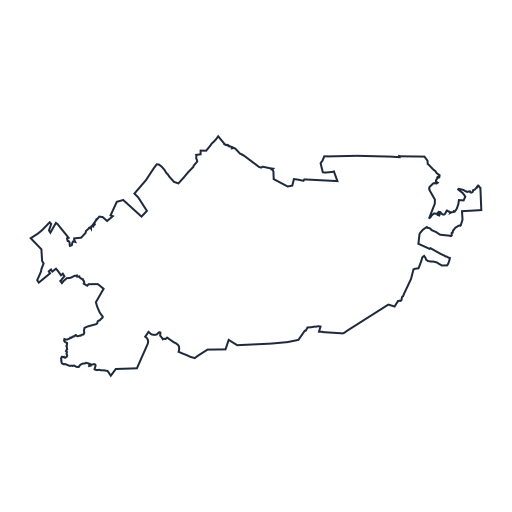 Chilón, Chiapas, Mexico
{"feature_id": "50627088B49447190388441", "entity_name": "Chilón", "entity_type": "district", "adm_level": 2, "iso_a3": "MEX", "parent_name": "Mexico", "parent_adm1": "Chiapas", "projection": "natural_earth1", "projection_center": [-92.093, 17.107], "detail": "fine", "context": "isolated", "style": "outline", "palette": "slate", "viewbox_px": 512, "rotation_deg": 0, "n_neighbors": 0, "source": "geoboundaries", "source_scale": "gbopen_adm2", "svg_char_len": 5938}
<svg xmlns="http://www.w3.org/2000/svg" viewBox="0 0 512 512"><path d="M437.7,182.7L436.1,181.7L435.9,181.4L436.0,180.5L436.5,179.4L437.0,178.9L437.3,178.1L437.2,177.7L437.6,176.9L438.0,176.7L438.5,176.7L439.0,177.0L439.1,177.4L439.3,177.3L439.6,175.2L436.8,173.3L435.3,171.0L433.3,169.6L429.3,165.3L427.7,163.9L427.5,160.7L424.4,156.6L400.8,156.3L399.2,156.0L399.5,157.2L390.2,156.6L357.2,155.8L328.5,156.4L324.3,156.3L322.4,160.8L320.9,162.7L320.6,163.4L322.8,172.2L324.0,172.5L326.2,172.5L332.5,171.9L333.9,171.4L337.4,181.1L304.3,179.4L303.5,180.8L297.2,179.5L293.9,179.1L292.3,185.6L287.7,186.5L273.7,179.1L273.4,171.2L272.6,169.8L272.0,169.6L273.0,168.7L270.7,168.4L262.7,166.7L261.3,167.6L259.1,167.0L243.4,155.2L242.7,155.2L242.2,154.9L241.9,154.3L240.2,153.8L235.2,148.5L233.9,148.0L233.3,148.1L233.5,147.9L233.0,147.7L232.6,147.9L232.5,147.5L231.8,147.6L231.9,147.0L229.6,146.2L228.6,145.5L228.6,146.0L226.9,144.9L226.3,145.0L225.9,144.8L225.8,145.0L224.7,144.4L224.8,144.3L218.2,136.3L216.4,138.8L214.1,141.4L211.6,143.7L210.5,145.4L206.2,150.7L200.6,150.6L200.6,154.3L196.2,154.9L196.4,155.4L196.2,158.3L197.1,160.5L197.2,161.6L193.7,165.6L193.4,166.8L188.0,172.4L183.5,177.8L178.4,183.4L174.0,181.9L169.1,176.4L168.2,174.9L166.2,172.8L164.5,169.9L161.6,166.6L158.8,164.5L156.8,164.3L153.8,168.2L146.0,180.1L134.4,193.6L138.3,197.5L146.9,210.9L141.5,216.6L123.2,200.0L116.8,201.8L110.6,215.3L112.8,216.2L107.1,221.0L102.7,217.1L99.3,216.6L96.1,220.4L96.0,220.1L95.1,221.8L93.4,223.9L94.5,223.3L94.8,224.5L93.9,225.0L93.5,224.2L92.8,224.6L92.8,225.2L93.5,225.8L93.2,226.6L91.5,226.2L91.0,227.3L91.0,228.4L90.3,227.3L89.2,227.7L89.2,228.1L85.9,231.1L85.6,232.9L81.1,237.7L74.2,238.4L74.1,239.6L75.2,241.9L74.2,241.6L73.0,241.5L72.3,242.9L71.9,245.0L70.9,245.6L69.9,245.9L69.6,244.5L69.7,243.0L69.2,241.7L68.5,241.0L67.7,241.0L67.0,238.4L68.6,237.8L57.7,224.3L55.9,222.9L50.4,232.7L49.0,230.4L51.2,224.0L49.7,222.3L41.7,230.5L37.6,233.8L30.7,238.2L41.4,249.3L42.1,260.8L43.6,263.5L41.5,268.9L40.9,271.8L37.2,280.2L38.8,282.6L50.0,273.4L48.8,271.4L51.0,269.5L52.3,271.6L56.0,268.7L58.5,271.7L61.0,275.3L62.8,273.7L64.4,276.3L62.2,278.8L61.5,280.0L60.3,281.0L61.9,283.1L63.7,280.9L66.8,278.2L70.3,277.9L74.6,275.8L75.4,275.9L76.9,275.4L77.2,276.7L79.3,276.4L79.5,277.4L81.2,278.6L82.9,279.3L82.7,279.7L84.1,281.4L84.2,283.2L83.8,283.7L87.2,285.7L88.6,284.2L97.8,284.1L103.6,288.8L95.9,302.2L97.0,306.2L99.6,312.3L102.8,316.9L102.2,318.1L101.3,318.6L99.7,320.4L98.4,320.7L97.8,321.2L97.1,323.4L96.3,324.1L87.5,326.5L84.5,327.9L83.9,330.7L84.3,332.6L83.6,334.4L81.5,334.9L80.8,335.7L79.5,335.7L77.6,336.3L76.8,336.0L76.0,335.1L75.6,335.0L75.3,335.7L74.0,336.1L73.7,336.7L72.4,336.7L71.5,337.8L70.3,337.6L69.9,338.4L67.2,339.5L65.8,339.6L64.4,339.0L64.1,340.4L64.3,341.1L65.2,342.1L67.1,343.0L66.8,345.6L66.4,345.9L66.4,346.2L66.8,346.6L66.9,348.2L67.2,349.3L66.5,350.0L66.0,351.1L66.9,351.8L66.9,352.4L66.5,353.7L67.2,355.5L66.9,356.5L65.3,357.7L64.6,357.7L63.8,357.2L63.8,356.9L63.3,357.0L62.0,356.7L61.6,357.1L61.4,358.2L61.1,358.4L61.3,358.8L61.2,360.0L61.5,360.6L61.3,361.5L61.8,363.1L62.1,363.5L63.0,363.8L63.3,364.2L64.2,364.3L65.0,364.0L69.7,365.9L71.8,365.6L72.4,366.0L74.0,365.5L75.7,366.5L76.8,366.9L78.2,367.0L79.1,366.7L79.5,365.7L80.8,364.5L83.1,363.5L84.8,363.5L86.1,362.8L89.4,363.7L89.2,366.0L90.8,365.6L90.9,364.4L92.2,364.6L94.1,364.1L94.7,364.3L95.3,364.6L95.6,365.6L94.5,369.2L94.8,369.5L96.8,370.1L99.3,369.8L101.0,370.3L104.1,370.3L107.6,371.0L110.8,375.7L115.8,369.0L136.9,368.3L147.7,343.9L148.0,342.7L148.1,341.3L147.9,340.0L147.3,338.7L146.3,337.5L145.2,336.7L148.5,331.9L151.0,334.1L152.2,334.6L154.9,334.9L156.6,334.5L159.3,332.2L160.4,332.5L160.2,335.7L162.3,338.2L162.8,339.3L164.1,338.8L165.5,339.0L167.1,337.6L174.0,342.4L175.7,343.1L178.0,344.9L178.8,346.1L179.1,347.1L179.1,349.6L178.6,351.8L183.7,354.0L186.0,354.8L190.2,356.8L194.8,358.1L197.8,355.8L207.5,349.6L225.5,349.4L228.7,339.9L237.2,345.2L271.0,343.6L287.5,342.1L298.4,339.9L304.8,330.7L305.8,330.7L307.5,327.5L311.4,327.2L314.6,326.6L315.9,326.7L318.3,326.2L320.5,326.6L319.0,331.7L322.5,331.8L322.9,332.1L342.9,333.4L344.3,332.8L347.2,330.7L388.3,304.6L394.6,306.5L398.0,301.0L398.7,301.0L399.8,300.6L400.6,300.9L401.5,300.1L401.9,297.3L402.4,296.6L403.1,296.2L403.8,294.3L411.0,279.0L413.5,269.4L414.9,268.8L418.5,268.3L421.1,261.6L422.3,257.4L424.1,255.9L425.5,257.9L426.2,259.8L428.1,261.1L431.6,261.6L433.1,261.5L437.3,262.6L438.2,263.4L441.9,265.5L447.1,265.4L448.2,263.7L449.3,260.6L449.9,258.0L448.2,257.5L446.6,256.5L445.4,256.4L444.1,255.4L443.1,255.1L440.1,253.6L430.5,248.2L429.7,248.9L418.4,243.8L419.5,234.1L420.2,232.8L423.0,229.6L426.9,227.0L427.5,227.8L429.0,228.0L430.2,228.6L431.0,229.3L431.4,230.0L436.2,232.1L440.0,234.7L449.6,235.7L450.5,236.1L451.3,235.9L451.8,235.3L451.5,234.0L451.8,232.8L452.7,232.6L452.8,231.4L453.1,230.5L453.6,230.2L453.8,229.6L454.7,228.5L455.6,227.5L457.0,226.8L457.8,226.1L459.4,225.5L460.2,225.8L460.7,225.4L462.5,219.7L462.0,211.2L481.3,210.1L480.4,187.8L479.8,187.5L478.5,185.6L477.9,185.6L477.5,186.4L477.1,186.6L477.1,187.5L476.3,187.8L474.9,189.5L473.7,190.1L473.2,190.1L472.7,191.9L471.5,192.6L470.3,192.3L470.0,191.4L468.9,191.4L467.2,192.0L466.5,191.4L465.6,191.3L463.7,190.1L462.5,189.7L458.7,188.8L458.3,189.2L458.2,189.5L462.8,193.1L465.3,196.6L463.6,200.4L458.9,200.1L458.4,203.8L457.6,206.4L456.5,209.2L454.7,211.6L453.8,211.2L453.5,212.0L451.5,212.3L450.5,212.8L450.7,212.4L450.6,212.2L449.3,211.8L449.0,211.5L448.5,211.6L447.2,210.5L446.8,210.5L445.1,213.7L444.2,214.5L443.0,214.6L441.4,213.6L440.3,212.1L439.2,212.0L438.8,211.8L438.1,212.6L438.3,212.8L439.9,213.4L439.3,215.5L437.7,215.0L437.8,214.4L436.3,213.6L435.6,213.8L434.1,213.4L431.6,215.5L430.9,216.7L429.0,218.6L434.8,203.7L434.9,199.6L429.4,189.9L429.5,189.2L429.1,188.7L429.5,187.0L433.1,183.5L434.6,183.1L434.9,183.4L435.5,183.3L436.6,183.5L437.7,182.7Z" fill="none" stroke="#1e293b" stroke-width="2"/></svg>